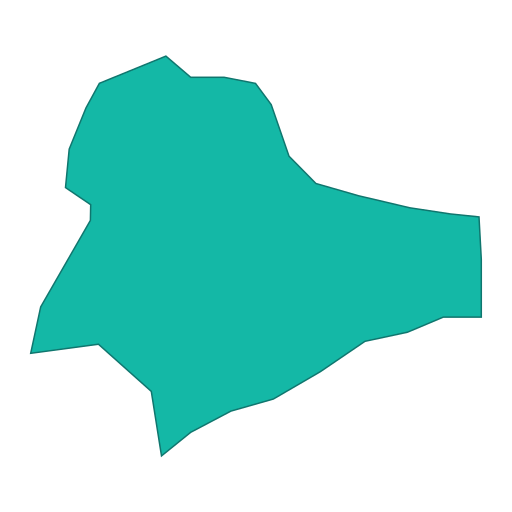 the border of La Massana
{"feature_id": "AND-4877", "entity_name": "La Massana", "entity_type": "state/province", "adm_level": 1, "iso_a3": "AND", "parent_name": "Andorra", "parent_adm1": "", "projection": "mercator", "projection_center": [1.476, 42.553], "detail": "fine", "context": "isolated", "style": "filled", "palette": "teal", "viewbox_px": 512, "rotation_deg": 0, "n_neighbors": 0, "source": "natural_earth", "source_scale": "10m", "svg_char_len": 500}
<svg xmlns="http://www.w3.org/2000/svg" viewBox="0 0 512 512"><path d="M99.4,83.3L165.9,56.1L190.7,77.3L224.2,77.3L255.5,83.4L271.2,104.6L289.0,156.2L315.9,183.5L358.3,195.7L409.8,207.8L450.0,213.9L479.0,216.9L481.3,259.4L481.3,317.1L443.3,317.1L407.5,332.2L365.0,341.3L320.3,371.7L273.4,399.0L230.9,411.1L190.7,432.3L161.5,455.9L151.3,391.4L98.4,344.2L30.7,353.3L40.7,306.9L90.4,220.4L90.7,204.7L65.5,187.6L69.2,149.1L86.0,107.9L99.4,83.3Z" fill="#14b8a6" stroke="#0f766e" stroke-width="1.5"/></svg>